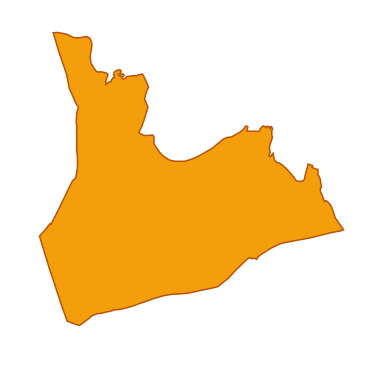 Nanchital de Lázaro Cárdenas del Río, Veracruz, Mexico, rotated 6°
{"feature_id": "50627088B93605390589643", "entity_name": "Nanchital de Lázaro Cárdenas del Río", "entity_type": "district", "adm_level": 2, "iso_a3": "MEX", "parent_name": "Mexico", "parent_adm1": "Veracruz", "projection": "robinson", "projection_center": [-94.39, 18.066], "detail": "fine", "context": "isolated", "style": "filled", "palette": "amber", "viewbox_px": 384, "rotation_deg": 6, "n_neighbors": 0, "source": "geoboundaries", "source_scale": "gbopen_adm2", "svg_char_len": 4681}
<svg xmlns="http://www.w3.org/2000/svg" viewBox="0 0 384 384"><g transform="rotate(6 192 192)"><path d="M37.3,48.1L44.9,66.4L55.0,88.1L59.1,101.6L63.2,108.8L68.2,117.4L70.0,119.1L70.0,119.7L70.0,120.4L69.9,121.3L69.7,122.1L69.5,123.5L69.2,124.6L69.2,125.2L69.2,125.9L69.4,127.2L69.5,128.3L69.2,129.6L69.3,130.9L69.4,132.2L69.6,134.1L69.6,135.4L70.4,137.6L70.7,139.7L70.7,141.5L70.9,143.9L71.1,145.1L71.2,146.3L71.7,148.5L71.6,149.7L71.6,150.8L71.8,152.2L72.1,153.7L72.4,157.7L72.6,159.3L72.7,159.8L72.8,161.0L72.9,162.1L73.1,163.2L73.2,163.9L73.3,164.1L73.3,164.4L73.4,164.6L73.5,164.8L73.6,165.2L73.7,165.9L73.8,166.6L74.1,167.4L74.3,168.2L74.4,168.8L74.4,169.5L74.4,170.5L74.6,171.6L74.9,172.4L74.8,173.4L75.2,174.4L75.2,175.4L75.2,177.0L75.4,179.1L75.5,180.3L75.4,181.5L75.4,182.4L75.5,183.0L75.4,184.1L75.2,185.4L75.1,186.4L75.0,187.7L74.9,190.0L71.8,193.8L67.5,205.6L65.3,211.7L61.7,221.5L58.7,229.8L55.0,238.9L54.2,238.2L49.7,245.4L44.9,251.8L49.5,262.7L51.4,267.1L51.5,267.5L52.0,268.6L54.8,275.0L57.2,280.8L58.2,283.1L60.5,288.2L61.6,290.6L64.6,297.3L65.0,298.1L68.7,306.4L69.0,307.0L75.3,320.9L80.8,332.3L81.5,333.6L87.6,335.1L93.9,336.6L97.8,333.1L102.4,328.8L103.0,328.2L105.4,325.6L110.4,323.0L114.3,322.2L119.2,320.4L123.5,319.0L127.5,317.3L132.5,316.3L138.1,314.4L141.6,313.0L145.0,311.6L149.5,309.4L149.8,309.3L150.0,309.1L151.1,308.6L156.8,306.0L165.7,301.7L175.4,297.8L181.4,296.2L182.6,295.8L190.6,294.6L191.1,294.5L198.3,293.1L205.1,291.0L210.4,289.1L211.4,288.8L218.2,286.7L223.6,284.9L227.6,283.4L231.7,279.3L234.0,277.1L237.3,273.8L243.2,265.8L243.7,265.2L252.0,255.1L255.5,251.4L257.4,251.6L258.7,252.1L260.6,251.4L262.9,252.1L263.1,252.2L263.8,251.7L264.2,249.8L266.9,247.2L269.7,245.0L276.3,239.7L283.4,235.2L287.7,233.2L297.6,230.2L297.8,230.1L305.4,227.9L313.7,225.5L320.6,223.0L323.3,222.0L335.7,217.5L343.2,215.4L346.7,213.7L337.2,202.8L332.4,192.1L329.4,188.7L326.3,186.4L324.6,187.7L323.4,185.6L323.7,185.4L319.8,178.3L319.1,174.9L320.3,173.8L319.5,170.8L319.0,169.6L318.3,165.9L317.1,163.8L316.6,162.9L315.7,161.9L315.4,161.3L315.2,160.2L315.4,159.2L315.1,157.4L314.9,156.4L312.1,156.0L308.8,155.1L309.2,153.2L304.6,152.1L302.7,164.3L302.6,166.1L302.2,167.8L301.7,169.3L298.0,170.3L294.6,169.9L293.0,168.4L291.8,166.6L289.6,164.5L288.6,163.6L286.8,162.1L284.6,159.8L281.9,157.9L279.3,155.9L276.3,154.3L275.3,154.0L273.0,153.5L271.1,152.0L270.2,150.4L269.4,147.9L268.6,145.0L266.1,148.6L265.8,148.3L265.0,148.1L265.2,147.8L265.0,147.4L264.8,147.2L264.7,146.9L264.8,146.7L264.9,146.3L265.4,145.4L265.5,145.2L265.4,144.3L265.2,143.2L265.0,142.4L264.7,141.1L264.5,140.2L264.4,139.7L264.4,139.4L264.4,137.7L264.8,135.9L265.4,133.3L265.7,131.9L265.9,130.8L266.2,130.1L266.2,129.5L266.1,128.9L266.0,128.3L265.5,127.3L265.3,126.7L265.2,126.2L265.3,125.6L265.3,125.3L265.4,125.0L265.3,124.5L265.0,124.3L264.8,123.9L264.9,123.4L265.0,122.6L265.4,121.7L265.6,121.1L265.3,120.2L264.1,118.6L263.7,118.8L263.6,119.7L263.5,120.2L263.5,120.9L263.4,121.0L263.0,120.7L262.8,120.3L262.6,119.8L262.2,119.2L261.6,118.9L260.2,119.0L259.7,118.7L259.5,119.1L259.5,119.8L259.5,120.3L259.2,120.4L258.9,120.3L258.6,120.2L258.3,119.9L257.6,119.4L256.8,119.0L256.3,118.8L256.2,118.9L254.8,119.6L253.3,122.0L252.3,124.7L240.3,125.7L240.7,121.2L238.8,120.7L238.6,120.7L237.2,123.2L235.0,126.0L232.9,127.9L227.8,131.5L225.4,133.2L222.1,133.8L218.6,135.5L217.9,135.9L211.2,142.6L208.2,145.9L194.6,155.7L193.9,156.1L188.2,159.4L181.5,162.2L175.1,162.9L170.3,163.2L165.6,162.3L159.8,159.3L155.7,156.0L152.6,152.3L150.1,149.5L149.0,148.0L148.9,144.9L148.3,141.0L147.0,139.4L144.1,140.0L140.5,140.6L138.3,140.7L135.3,139.6L133.0,138.4L135.3,131.7L137.0,124.6L138.6,115.8L139.3,112.0L137.5,109.0L135.0,104.1L136.2,97.0L137.8,92.3L134.1,85.5L132.4,82.7L131.2,81.0L131.1,80.9L130.2,79.8L128.2,80.7L126.7,80.8L125.4,81.8L124.8,82.3L121.4,82.5L118.2,83.2L117.0,83.6L115.2,84.0L113.3,86.2L111.8,87.1L111.0,86.5L110.5,86.2L109.9,85.2L111.9,84.0L112.3,83.0L111.6,82.1L110.3,81.9L109.4,82.3L108.8,83.3L108.3,84.2L107.3,83.8L106.6,83.4L106.4,82.6L108.3,81.4L109.0,79.7L108.5,78.5L108.2,78.3L107.5,77.9L105.7,78.6L103.5,79.5L103.3,79.6L102.2,80.9L101.8,82.9L102.3,84.2L103.1,86.0L102.5,86.5L101.4,86.8L100.5,88.4L99.8,90.6L97.1,91.9L95.0,94.1L94.8,92.0L94.9,89.3L95.2,87.5L95.9,85.7L96.2,84.1L94.9,82.9L92.6,82.3L90.6,82.1L89.4,82.0L87.4,82.2L85.4,82.5L83.9,81.7L82.4,80.0L81.0,78.3L80.1,77.2L78.6,75.0L78.4,74.7L77.4,71.9L76.7,68.0L76.6,64.7L77.0,61.2L77.1,55.7L75.6,51.8L75.5,51.7L74.0,49.4L72.2,48.9L71.3,48.6L69.5,48.8L68.4,49.0L64.7,50.2L63.7,50.3L61.7,50.7L58.4,50.8L54.9,49.6L54.7,49.6L52.0,48.5L48.3,47.9L41.4,47.4L37.3,48.1Z" fill="#f59e0b" stroke="#b45309" stroke-width="1.5"/></g></svg>